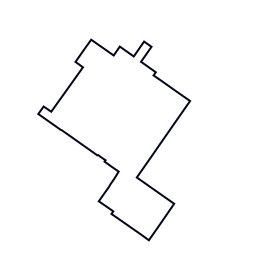 the district of Chaves, New Mexico, United States of America, rotated 305°
{"feature_id": "52423323B32246312222809", "entity_name": "Chaves", "entity_type": "district", "adm_level": 2, "iso_a3": "USA", "parent_name": "United States of America", "parent_adm1": "New Mexico", "projection": "mercator", "projection_center": [-104.512, 33.304], "detail": "fine", "context": "isolated", "style": "outline", "palette": "ink", "viewbox_px": 256, "rotation_deg": 305, "n_neighbors": 0, "source": "geoboundaries", "source_scale": "gbopen_adm2", "svg_char_len": 733}
<svg xmlns="http://www.w3.org/2000/svg" viewBox="0 0 256 256"><g transform="rotate(305 128 128)"><path d="M88.0,46.5L87.9,74.1L88.2,74.9L88.1,98.1L88.1,101.0L88.0,118.5L88.7,119.1L88.6,123.8L88.7,128.1L87.0,128.1L86.9,136.9L86.9,145.4L78.1,145.9L72.2,145.9L69.3,146.2L51.2,146.1L51.3,159.5L51.3,163.8L48.1,163.8L48.2,200.6L48.0,209.5L65.8,209.5L91.6,209.3L92.4,209.3L92.5,163.6L117.7,163.6L134.0,163.5L134.4,163.5L161.0,163.4L181.6,163.4L184.7,163.4L185.7,163.4L185.7,143.0L185.8,127.5L185.7,118.8L189.6,118.8L189.7,100.7L208.0,100.7L208.0,91.6L189.9,91.7L190.0,74.6L179.2,74.7L179.2,47.2L176.3,47.2L170.2,47.1L152.0,47.1L151.9,56.3L137.9,56.2L97.3,55.8L97.2,46.6L88.0,46.5Z" fill="none" stroke="#020617" stroke-width="2"/></g></svg>